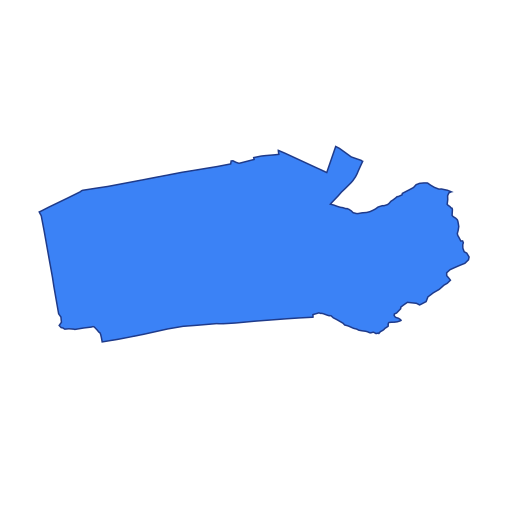 Covasint, Arad, Romania (Robinson projection), rotated 347°
{"feature_id": "2599482B42715428372947", "entity_name": "Covasint", "entity_type": "district", "adm_level": 2, "iso_a3": "ROU", "parent_name": "Romania", "parent_adm1": "Arad", "projection": "robinson", "projection_center": [21.613, 46.208], "detail": "fine", "context": "isolated", "style": "filled", "palette": "blue", "viewbox_px": 512, "rotation_deg": 347, "n_neighbors": 0, "source": "geoboundaries", "source_scale": "gbopen_adm2", "svg_char_len": 3339}
<svg xmlns="http://www.w3.org/2000/svg" viewBox="0 0 512 512"><g transform="rotate(347 256 256)"><path d="M358.4,359.0L359.0,358.6L359.2,358.4L359.6,358.1L360.2,357.7L362.7,357.0L364.1,356.4L364.9,355.8L365.4,355.5L367.1,354.9L368.9,354.2L369.4,352.8L369.3,352.4L369.9,351.2L370.6,350.7L373.0,351.0L375.9,351.6L378.8,351.9L381.5,351.7L382.8,351.4L382.6,350.6L380.9,348.8L379.1,347.7L378.1,347.1L377.2,345.1L377.8,343.6L380.1,343.2L385.1,339.9L385.6,338.4L388.6,337.0L393.1,335.2L401.7,338.2L404.4,340.5L406.5,340.0L408.0,339.6L411.5,338.7L414.3,334.5L420.6,331.7L427.1,329.7L432.8,326.6L434.9,326.0L436.2,325.6L440.0,323.3L438.9,320.9L437.4,318.1L438.0,315.2L440.0,314.1L441.9,313.0L446.8,312.0L452.8,310.9L457.9,310.1L462.2,307.5L463.4,304.9L462.0,300.6L459.8,298.7L459.3,294.9L460.0,291.5L461.0,289.7L460.7,287.8L458.9,287.4L458.0,283.9L457.2,281.2L457.2,279.4L458.7,276.6L460.2,272.9L460.4,270.1L460.5,267.5L460.3,266.0L459.1,264.1L456.8,261.8L456.2,260.5L457.5,256.1L457.8,255.0L457.8,253.6L456.8,252.9L456.1,251.5L454.5,249.7L453.9,248.6L454.3,247.5L455.4,244.5L455.5,244.2L456.1,241.2L456.2,240.5L458.0,238.0L460.3,237.4L460.7,237.4L459.6,236.6L457.3,235.0L454.5,233.7L451.7,232.4L449.3,232.0L445.3,229.3L442.0,226.2L439.6,223.5L437.9,223.0L436.2,222.6L431.6,222.0L429.8,222.3L428.1,222.5L424.9,224.7L420.5,225.9L417.7,226.6L412.7,227.9L412.0,229.3L407.9,230.1L406.8,229.9L405.4,230.7L402.1,232.2L399.8,233.0L397.5,234.7L395.7,235.5L392.0,235.8L390.5,235.4L387.6,235.6L385.8,235.8L383.1,237.0L380.5,237.7L377.1,238.4L373.7,238.5L369.1,237.8L364.7,237.6L362.8,237.0L362.3,236.6L360.4,235.7L359.0,233.5L357.1,231.5L355.3,230.2L354.4,230.2L351.4,228.4L349.1,227.5L346.5,226.0L343.3,223.9L340.1,222.2L340.6,221.8L349.3,216.1L353.7,212.9L358.3,210.2L365.2,205.9L367.4,204.3L370.8,201.2L373.1,198.5L374.5,196.5L378.0,191.9L381.2,187.8L381.0,187.7L380.6,187.2L379.9,186.4L376.5,184.3L371.1,180.9L365.8,174.8L361.5,169.9L359.6,168.3L358.3,167.2L343.7,190.6L307.4,162.4L301.5,158.1L301.4,158.5L301.1,162.1L296.8,161.6L287.8,160.3L283.6,159.8L275.9,159.6L275.9,161.5L260.3,161.9L257.7,160.3L254.9,158.0L254.1,158.0L253.2,157.8L252.0,160.6L238.3,160.1L202.8,157.8L154.7,156.0L127.3,154.9L114.6,153.9L101.9,153.0L100.6,153.2L100.5,153.3L99.2,153.9L85.3,157.2L65.0,161.8L56.7,163.9L54.7,164.3L55.0,165.6L55.8,168.5L55.2,184.2L53.7,213.7L52.9,230.8L52.2,240.1L50.7,267.9L52.2,271.6L51.8,274.6L51.5,276.8L48.6,279.4L50.0,281.9L50.8,282.3L51.6,282.6L53.1,284.2L53.5,284.3L57.3,284.8L62.3,286.4L62.9,286.8L72.3,287.4L75.8,287.8L79.4,288.2L81.1,288.1L82.0,288.4L82.6,289.0L84.6,292.4L85.7,294.7L86.7,295.8L87.0,297.6L87.0,300.6L86.8,305.1L104.2,306.2L128.7,307.0L153.5,307.2L169.1,308.1L182.8,310.2L202.4,313.0L205.2,313.8L209.3,314.7L221.2,316.7L240.6,319.3L271.4,324.0L284.4,326.1L297.4,328.4L297.8,328.4L298.3,325.9L303.8,325.6L304.4,325.5L306.3,326.6L307.0,326.6L308.5,327.3L312.0,329.6L313.9,330.7L314.1,330.6L314.4,330.7L314.9,330.8L315.9,331.3L316.3,332.0L317.4,333.6L320.7,336.4L325.7,341.1L326.9,343.2L328.7,344.1L330.4,345.1L334.5,348.2L335.7,348.9L337.4,349.7L338.2,350.3L339.3,351.3L341.0,352.1L342.7,352.8L344.3,353.4L345.9,354.0L347.4,354.8L348.4,355.5L349.3,356.2L350.1,356.6L350.7,356.7L352.5,356.6L353.4,356.7L354.2,357.4L355.5,358.6L356.9,358.6L358.3,358.7L358.4,359.0Z" fill="#3b82f6" stroke="#1e3a8a" stroke-width="1.5"/></g></svg>